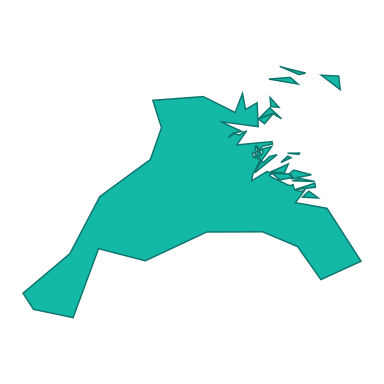 the district of Bulungan, Kalimantan Timur, Indonesia
{"feature_id": "22746128B10941975158621", "entity_name": "Bulungan", "entity_type": "district", "adm_level": 2, "iso_a3": "IDN", "parent_name": "Indonesia", "parent_adm1": "Kalimantan Timur", "projection": "orthographic", "projection_center": [117.459, 2.847], "detail": "medium", "context": "isolated", "style": "filled", "palette": "teal", "viewbox_px": 384, "rotation_deg": 0, "n_neighbors": 0, "source": "geoboundaries", "source_scale": "gbopen_adm2", "svg_char_len": 1927}
<svg xmlns="http://www.w3.org/2000/svg" viewBox="0 0 384 384"><path d="M361.0,261.2L327.0,208.3L295.4,202.7L304.6,190.2L301.0,191.5L294.8,189.8L294.2,189.0L293.0,184.6L291.1,185.5L288.4,185.2L271.0,176.8L269.9,175.7L269.7,175.2L269.9,174.5L271.1,174.3L270.8,173.0L267.0,171.5L251.6,180.9L252.6,175.0L260.0,160.3L257.2,157.9L254.1,157.8L253.5,157.0L252.5,153.5L252.7,152.4L253.9,152.4L255.1,154.2L256.4,151.6L258.8,151.9L255.5,150.6L255.1,146.8L256.2,145.8L257.4,146.1L259.1,149.4L262.8,146.1L272.6,144.1L272.0,141.6L236.8,144.9L246.6,130.8L239.1,135.0L234.4,133.6L228.3,137.6L232.8,133.2L241.6,131.4L220.6,121.6L258.2,126.7L257.1,102.8L245.5,109.5L242.5,93.4L235.2,112.5L203.2,96.6L152.8,100.3L161.5,127.7L150.4,159.5L99.9,196.5L69.8,253.7L23.0,293.2L33.5,309.4L73.1,317.6L98.5,248.7L145.3,260.8L206.6,232.0L262.5,231.8L297.6,246.6L320.9,279.6L361.0,261.2ZM338.7,76.1L321.3,75.2L340.2,89.6L338.7,76.1ZM254.8,172.7L277.1,154.7L269.5,156.5L263.3,162.6L261.8,160.7L254.8,172.7ZM290.2,77.4L268.9,79.1L297.9,84.0L290.2,77.4ZM269.7,107.8L259.4,118.0L272.6,113.4L281.5,118.8L269.7,107.8ZM314.8,183.2L295.0,189.6L315.4,187.3L314.8,183.2ZM311.4,174.8L293.7,170.1L289.1,173.9L291.3,174.8L292.7,177.1L292.7,177.8L290.7,178.9L311.4,174.8ZM271.7,146.6L259.9,149.6L262.2,150.3L263.0,152.1L260.9,155.4L258.5,156.0L260.3,160.2L260.0,162.7L271.7,146.6ZM280.9,162.5L291.0,157.8L287.8,156.1L280.9,162.5ZM305.6,73.1L285.9,68.2L279.7,66.4L299.0,74.6L305.6,73.1ZM278.9,107.3L270.1,97.5L270.8,106.6L278.9,107.3ZM318.2,198.0L308.8,191.1L302.5,197.1L318.2,198.0ZM272.3,173.5L279.9,179.9L292.6,177.5L288.6,173.9L272.3,173.5ZM314.7,181.5L300.1,178.5L292.3,180.8L314.7,181.5ZM270.2,172.1L284.4,172.8L288.3,164.0L270.2,172.1ZM259.8,150.3L255.7,146.5L259.1,151.9L254.1,157.4L260.7,155.1L259.8,150.3ZM264.5,123.7L273.0,113.8L258.3,118.9L264.5,123.7ZM287.5,153.2L298.9,154.3L299.5,153.1L287.5,153.2Z" fill="#14b8a6" stroke="#0f766e" stroke-width="1.5"/></svg>